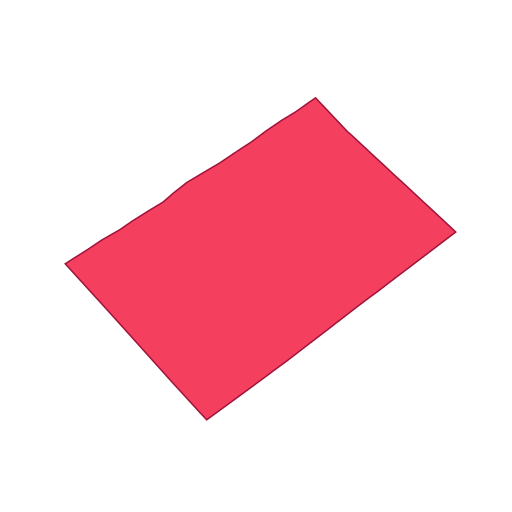 Zandvoort, Noord-Holland, Netherlands, rotated 29°
{"feature_id": "6326949B44029658680347", "entity_name": "Zandvoort", "entity_type": "district", "adm_level": 2, "iso_a3": "NLD", "parent_name": "Netherlands", "parent_adm1": "Noord-Holland", "projection": "natural_earth1", "projection_center": [4.556, 52.36], "detail": "fine", "context": "isolated", "style": "filled", "palette": "rose", "viewbox_px": 512, "rotation_deg": 29, "n_neighbors": 0, "source": "geoboundaries", "source_scale": "gbopen_adm2", "svg_char_len": 2477}
<svg xmlns="http://www.w3.org/2000/svg" viewBox="0 0 512 512"><g transform="rotate(29 256 256)"><path d="M231.4,88.8L228.0,95.6L220.8,110.7L212.7,124.8L203.9,142.3L196.7,158.4L191.0,169.1L187.2,176.4L179.0,192.5L169.9,207.9L161.7,222.0L159.8,225.3L157.4,231.1L153.3,240.8L148.6,253.8L139.8,269.1L130.6,285.9L124.2,298.9L113.6,316.4L111.2,321.0L105.3,332.6L97.3,347.1L92.9,355.3L139.0,370.9L141.1,371.6L143.5,372.4L156.1,376.7L191.5,388.9L222.9,399.8L243.7,407.0L281.0,419.5L282.4,420.0L285.6,421.0L289.0,422.1L291.7,423.0L292.3,423.2L309.7,385.6L310.4,384.2L325.7,350.7L325.9,350.1L334.4,331.6L343.9,309.6L344.4,308.5L356.3,281.1L357.1,279.3L357.2,279.0L357.3,278.8L357.7,277.8L357.7,277.7L360.4,271.6L362.7,266.3L363.9,263.3L364.3,262.5L366.8,256.7L367.2,255.7L367.5,255.0L367.7,254.5L367.8,254.3L368.0,253.9L368.3,253.2L368.5,252.9L368.7,252.2L369.4,250.6L369.9,249.5L370.1,249.0L370.2,248.8L370.3,248.6L370.9,247.3L372.1,244.6L372.2,244.4L372.3,244.1L372.8,243.0L373.1,242.3L373.5,241.4L373.7,240.9L373.9,240.6L374.6,239.0L374.8,238.4L375.1,237.8L375.5,236.9L375.6,236.7L376.0,235.8L376.3,235.2L377.0,233.6L377.2,233.3L377.4,232.9L377.9,231.7L378.4,230.7L378.6,230.3L378.7,230.1L378.8,229.8L379.0,229.4L379.3,228.8L379.4,228.5L379.5,228.4L379.6,228.2L380.0,227.2L380.3,226.5L380.4,226.4L380.8,225.2L381.0,225.0L381.1,224.6L381.6,223.4L381.8,222.9L382.2,222.1L382.4,221.6L382.8,220.6L382.9,220.3L383.0,220.3L383.0,220.2L383.3,219.5L383.6,218.8L384.0,217.9L384.1,217.6L384.6,216.5L385.5,214.4L387.3,210.4L388.7,207.1L390.0,204.2L391.5,200.8L392.9,197.7L393.4,196.4L394.6,193.8L396.7,189.1L398.4,185.2L400.8,179.7L403.2,174.3L404.6,171.2L405.2,169.7L406.9,165.9L417.5,141.7L418.4,139.8L418.6,139.4L419.1,138.2L409.8,135.8L409.6,135.8L408.1,135.4L396.0,132.4L388.9,130.6L375.7,127.4L372.4,126.6L354.0,122.0L347.9,120.5L347.5,120.4L346.8,120.2L344.8,119.8L343.8,119.5L341.9,119.1L334.5,117.3L334.1,117.2L324.4,114.7L320.6,113.8L317.7,113.1L315.5,112.6L311.6,111.6L306.2,110.3L299.6,108.6L298.0,108.2L294.2,107.3L291.9,106.7L291.3,106.6L291.2,106.5L290.6,106.4L290.4,106.3L290.2,106.3L289.7,106.2L289.4,106.1L289.2,106.1L288.3,105.8L287.4,105.6L286.8,105.4L285.5,105.1L285.1,105.0L284.5,104.9L283.9,104.7L282.9,104.5L282.8,104.4L282.7,104.4L282.4,104.3L281.9,104.2L281.7,104.2L280.9,104.0L280.5,103.9L279.8,103.7L279.6,103.7L278.9,103.5L276.6,103.1L269.7,101.0L265.2,99.5L256.6,96.8L246.6,93.6L238.0,90.9L231.4,88.8Z" fill="#f43f5e" stroke="#9f1239" stroke-width="1.5"/></g></svg>